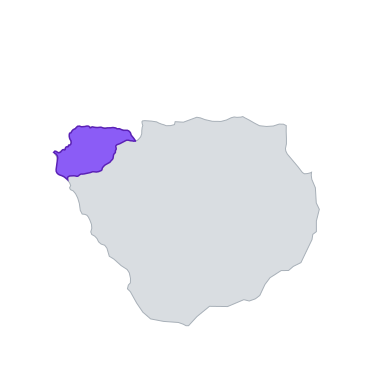 Artigas on a map of Uruguay (Mercator projection), rotated 320°
{"feature_id": "URY-6", "entity_name": "Artigas", "entity_type": "Department", "adm_level": 1, "iso_a3": "URY", "parent_name": "Uruguay", "parent_adm1": "", "projection": "mercator", "projection_center": [-56.902, -30.588], "detail": "fine", "context": "in_parent", "style": "filled", "palette": "violet", "viewbox_px": 384, "rotation_deg": 320, "n_neighbors": 0, "source": "natural_earth", "source_scale": "10m", "svg_char_len": 4085}
<svg xmlns="http://www.w3.org/2000/svg" viewBox="0 0 384 384"><g transform="rotate(320 192 192)"><path d="M296.3,253.7L294.2,255.7L291.9,259.3L289.2,268.1L280.2,280.2L278.4,287.1L268.6,294.2L261.8,302.3L257.3,302.1L253.3,305.6L230.1,316.1L221.7,314.1L215.5,314.2L209.8,309.5L196.7,307.8L188.5,309.7L177.5,314.8L174.1,314.7L171.7,314.5L165.8,312.3L162.5,307.8L145.6,302.6L131.9,290.8L115.8,290.6L103.4,292.2L101.5,290.6L100.3,287.6L97.7,283.2L87.1,272.9L78.7,262.6L77.1,252.5L78.2,241.6L80.7,228.7L80.3,224.7L83.4,222.4L86.4,222.0L89.4,218.6L92.0,213.6L92.5,209.8L90.4,202.8L89.0,193.0L87.3,188.1L90.7,180.4L90.9,176.7L88.9,173.4L88.4,170.1L89.3,166.6L89.1,163.3L87.9,160.1L88.8,157.5L91.9,155.4L94.2,152.2L95.7,147.9L96.5,144.7L96.6,142.4L95.6,140.3L93.7,138.3L94.6,134.3L98.3,128.4L100.6,123.1L101.7,118.5L101.7,114.8L100.4,112.0L100.9,110.1L103.2,109.1L104.2,106.1L103.9,98.7L101.5,92.6L103.3,87.8L108.5,82.3L111.1,77.8L111.4,74.4L113.0,72.4L115.4,76.1L122.7,77.1L130.0,77.2L131.2,76.3L134.1,70.3L137.9,68.5L142.0,68.1L146.5,68.4L151.3,72.4L164.9,85.4L174.9,94.5L178.0,98.8L180.6,102.0L182.6,105.0L181.8,112.8L181.9,116.3L182.4,117.2L184.6,117.3L188.0,116.8L190.9,115.1L193.1,112.6L195.3,110.5L197.0,109.5L197.7,107.8L198.7,106.1L199.7,105.7L201.7,107.0L206.4,111.5L210.0,115.6L210.9,117.9L212.3,120.4L213.8,122.6L214.8,124.6L218.3,127.4L221.9,129.1L224.3,127.3L230.3,133.0L243.7,137.8L246.1,140.7L248.4,144.8L253.1,151.0L259.6,156.6L264.7,159.0L269.7,160.3L272.5,161.6L274.4,163.7L277.5,166.0L279.4,166.9L280.1,169.0L282.0,173.5L284.1,179.3L286.3,184.6L291.2,189.7L296.7,193.7L302.4,196.0L305.6,198.8L306.9,201.7L303.1,206.1L298.9,211.5L295.3,215.8L291.5,218.8L290.2,220.9L289.4,224.1L289.4,241.2L289.1,247.5L289.4,249.2L289.9,250.4L292.3,252.1L295.2,253.5L296.3,253.7Z" fill="#d9dde1" stroke="#a8b0b8" stroke-width="1"/><path d="M113.2,72.6L113.9,73.2L114.7,75.9L116.1,76.8L117.2,76.9L119.1,76.5L120.1,76.5L120.7,76.8L121.3,77.8L122.0,78.0L122.4,77.8L123.4,76.9L124.0,76.6L124.8,76.7L125.4,77.0L125.8,77.5L126.5,77.7L126.8,77.6L127.3,76.9L127.6,76.8L127.9,77.0L128.5,77.6L130.1,77.4L131.3,76.4L132.2,75.0L132.4,73.4L132.8,72.1L133.7,70.5L134.9,69.1L136.0,68.3L136.4,68.4L137.2,68.8L137.7,68.8L138.5,68.3L138.8,68.2L140.4,67.9L141.3,67.9L143.3,68.5L145.0,68.2L146.6,68.1L148.2,69.2L149.0,70.6L149.4,71.1L152.1,73.0L153.4,73.6L154.1,74.1L154.8,74.7L155.2,75.4L155.3,76.4L155.2,76.9L155.2,77.3L155.9,77.7L156.4,77.8L156.8,77.8L157.2,77.9L157.7,78.2L157.9,78.4L158.3,79.1L159.9,80.9L160.4,81.3L161.2,82.0L163.5,83.5L164.2,84.2L165.2,86.0L165.9,86.9L166.4,87.4L168.4,88.5L171.0,90.6L172.4,91.4L173.3,92.2L174.6,93.8L174.9,94.4L175.0,94.9L175.2,95.4L175.7,95.8L176.5,96.4L176.9,96.7L177.2,97.1L178.6,99.9L179.2,100.8L182.1,103.1L182.8,104.5L183.0,106.0L182.8,107.5L182.1,108.8L181.9,109.9L181.9,113.2L181.6,115.5L181.6,116.6L181.8,117.0L180.2,115.7L179.8,115.4L179.4,114.8L179.1,114.4L178.0,113.4L177.5,112.8L176.8,111.8L176.5,111.4L175.6,110.6L174.9,110.2L174.6,110.1L167.8,108.6L165.4,107.7L165.0,107.6L164.6,107.5L163.8,107.6L163.4,107.7L163.1,107.9L162.9,108.1L162.7,108.3L162.5,108.7L162.2,109.5L161.9,109.9L161.8,110.1L161.4,110.5L161.2,110.6L160.2,111.0L159.8,111.2L159.6,111.4L159.0,112.2L158.8,112.3L158.6,112.5L158.1,112.6L156.6,112.8L156.1,113.0L155.7,113.2L153.2,115.4L152.8,115.6L152.3,115.8L151.8,115.9L149.7,116.1L148.7,116.4L148.1,116.4L143.2,115.5L142.1,115.4L139.3,115.8L139.0,115.9L138.6,116.1L137.4,117.0L137.2,117.1L136.9,117.2L136.6,117.2L136.2,117.2L133.6,116.4L132.6,115.8L131.7,115.3L129.7,113.3L129.1,112.7L128.7,112.5L126.7,111.8L121.0,108.8L119.5,107.8L119.3,107.5L118.6,107.0L118.2,106.8L117.7,106.7L116.9,106.6L115.3,106.6L114.9,106.5L114.5,106.4L114.0,106.0L113.7,105.8L113.5,105.5L112.8,104.5L112.5,104.2L111.8,103.5L109.0,101.4L108.4,101.0L107.9,100.9L106.7,100.8L106.3,100.8L106.0,101.0L105.7,101.2L104.7,102.7L104.6,101.8L104.3,100.5L103.9,98.7L103.6,97.6L102.6,95.5L101.9,94.5L101.0,92.6L100.8,90.6L101.3,88.8L102.5,87.3L111.1,79.5L112.0,77.9L112.3,75.9L111.7,73.8L111.5,72.7L113.2,72.6Z" fill="#8b5cf6" stroke="#5b21b6" stroke-width="1.5"/></g></svg>